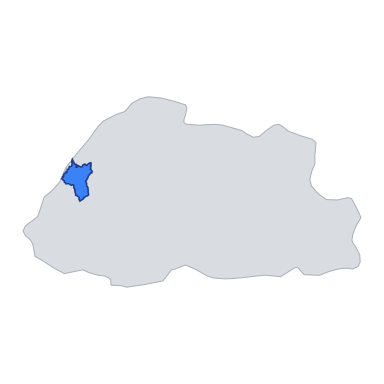 Tsento, Paro, Bhutan (highlighted)
{"feature_id": "84629894B34516930524400", "entity_name": "Tsento", "entity_type": "district", "adm_level": 2, "iso_a3": "BTN", "parent_name": "Bhutan", "parent_adm1": "Paro", "projection": "robinson", "projection_center": [89.316, 27.609], "detail": "fine", "context": "in_parent", "style": "filled", "palette": "blue", "viewbox_px": 384, "rotation_deg": 0, "n_neighbors": 0, "source": "geoboundaries", "source_scale": "gbopen_adm2", "svg_char_len": 5924}
<svg xmlns="http://www.w3.org/2000/svg" viewBox="0 0 384 384"><path d="M315.1,162.0L314.5,164.7L311.6,171.8L309.8,179.6L311.4,185.9L317.9,193.5L326.5,199.6L337.4,200.0L347.5,197.7L351.5,198.6L357.0,208.8L361.0,217.5L355.7,226.5L352.9,234.5L351.9,240.1L352.6,242.5L355.8,247.1L359.7,254.8L360.2,262.0L357.9,266.7L352.7,269.0L347.2,268.3L342.6,268.4L336.9,269.3L328.0,271.9L319.7,275.3L304.1,274.7L297.8,267.6L294.9,267.6L280.7,276.7L265.3,275.1L237.1,278.2L225.4,278.9L213.3,277.9L207.2,275.9L195.8,269.5L185.5,264.9L175.1,269.1L171.4,269.9L163.0,280.9L144.8,284.5L126.7,287.2L121.3,285.7L111.1,285.1L110.7,282.5L111.0,280.0L108.7,278.0L104.6,276.0L97.4,275.1L88.3,272.4L83.0,269.8L64.4,273.6L53.6,267.8L41.2,259.9L35.0,256.4L32.8,244.1L30.6,240.2L25.7,236.0L23.0,231.1L25.2,226.1L37.5,216.7L38.5,214.5L44.2,197.0L52.0,190.6L59.8,181.8L65.7,167.8L77.0,153.4L89.4,138.6L98.0,126.5L103.6,120.9L115.3,114.9L125.1,111.4L131.8,103.3L140.0,98.8L148.4,96.8L160.8,97.9L172.5,100.8L185.4,104.8L186.9,108.0L185.8,113.7L184.0,119.5L183.9,122.5L185.9,124.1L198.5,125.2L213.9,124.3L222.5,125.1L241.8,130.5L247.4,134.3L253.3,137.2L259.0,136.6L266.3,130.5L273.9,125.2L278.7,124.4L282.1,126.1L288.2,131.1L300.9,135.8L312.3,139.3L316.0,142.7L314.8,157.2L315.1,162.0Z" fill="#d9dde1" stroke="#a8b0b8" stroke-width="1"/><path d="M78.9,199.2L78.9,199.3L79.0,199.5L79.4,200.2L79.5,200.6L80.0,200.6L80.3,200.7L80.3,200.8L80.7,200.4L80.8,200.3L81.1,200.3L81.6,200.0L81.8,199.9L82.2,199.6L82.3,199.6L82.5,199.4L83.0,199.2L83.3,198.9L83.4,198.7L83.7,198.3L83.8,198.2L83.7,197.9L84.1,197.6L84.1,197.3L84.4,197.3L84.9,197.1L85.0,197.0L85.1,196.8L85.6,196.5L86.2,196.2L86.3,196.1L86.5,196.0L87.1,196.0L87.9,195.6L88.0,195.4L88.3,195.1L88.5,194.7L88.6,194.4L88.6,194.0L88.5,193.7L88.4,193.4L88.4,193.1L88.1,192.7L88.1,192.2L87.9,191.9L87.9,191.7L88.2,191.2L88.3,191.0L88.2,190.9L88.1,190.6L88.2,190.4L88.2,190.2L88.1,189.8L88.1,189.5L88.1,189.4L87.9,189.2L87.9,188.8L87.9,188.5L88.0,188.1L88.0,187.9L88.0,187.6L87.6,187.0L87.5,186.9L87.4,186.8L87.3,186.6L87.2,186.6L86.9,186.4L86.9,186.1L86.8,185.9L86.6,185.0L86.6,184.8L86.6,184.5L86.7,183.8L86.6,183.6L86.6,183.3L86.4,183.1L86.3,182.9L86.3,182.4L85.9,181.7L85.7,181.5L85.7,181.4L85.8,181.2L85.9,180.9L85.8,180.6L86.1,180.5L86.6,180.1L86.8,179.7L87.0,179.5L87.0,179.3L87.2,178.9L87.5,178.3L87.8,178.0L87.9,177.6L88.0,177.2L88.2,176.9L88.1,176.6L88.1,176.2L88.4,175.9L88.5,175.7L88.8,175.5L89.0,175.1L89.2,174.9L89.7,174.6L89.8,174.5L89.9,174.2L89.9,173.7L90.1,173.5L90.3,173.4L90.6,173.1L90.8,172.9L91.2,172.8L91.4,172.7L91.7,172.9L91.8,172.3L91.9,172.0L92.3,171.8L92.2,171.6L92.0,171.4L91.9,171.1L91.7,170.8L91.7,170.5L91.4,170.1L91.0,169.6L90.9,169.6L90.5,169.4L90.4,169.3L90.5,169.2L90.5,168.7L90.8,168.5L90.9,168.2L90.9,167.9L90.7,167.5L90.6,167.2L90.4,166.9L90.5,166.8L90.6,166.7L90.9,166.5L91.0,166.3L91.0,166.1L90.8,165.9L90.7,165.7L90.8,165.5L91.0,165.3L91.0,165.2L91.1,164.5L91.0,164.1L91.1,163.9L91.1,163.5L91.1,163.3L90.9,163.1L90.7,163.0L90.7,162.9L90.7,162.7L90.3,162.7L90.0,162.9L89.8,163.0L89.7,163.1L89.3,163.1L89.2,163.3L89.1,163.5L88.9,163.6L88.6,163.7L88.3,163.8L88.1,163.9L87.9,164.1L87.7,164.3L87.4,164.6L87.3,164.8L87.0,165.2L86.8,165.4L86.7,165.5L86.4,165.4L86.3,165.1L86.1,165.0L86.0,164.9L85.6,164.7L85.3,164.4L85.1,164.3L85.0,164.2L84.9,164.1L84.6,164.4L84.4,164.4L84.2,164.3L83.7,164.5L83.3,164.7L83.0,165.0L82.6,165.1L82.6,165.3L82.7,165.6L82.7,165.9L82.5,166.2L82.1,166.7L81.8,166.8L81.5,167.0L81.4,167.0L81.3,166.9L81.2,166.8L80.9,166.8L80.6,166.8L80.3,166.8L80.1,166.7L79.9,166.6L79.8,166.4L79.6,166.4L79.3,166.2L78.7,166.0L78.4,165.8L78.3,165.7L78.1,165.8L78.2,166.1L78.2,166.4L78.1,166.6L78.0,166.8L77.9,166.8L77.2,167.0L76.8,167.0L76.6,167.1L76.3,167.3L76.1,167.3L76.0,166.8L76.1,166.3L76.2,166.0L76.3,165.5L76.6,165.4L76.9,165.3L77.0,165.2L76.8,164.7L76.7,164.5L76.5,164.4L75.9,164.3L75.4,164.4L75.0,164.3L74.5,163.9L74.1,163.2L74.1,162.9L73.9,162.2L73.7,162.0L73.3,161.7L73.2,161.6L73.2,161.3L73.2,161.0L73.1,160.9L72.8,160.7L72.7,160.7L72.6,160.3L72.5,160.2L72.5,159.9L72.5,159.7L72.5,159.3L72.3,159.0L72.2,159.2L72.2,159.5L72.2,159.9L72.1,160.0L71.9,160.6L71.9,160.8L71.8,161.3L71.8,161.6L71.7,161.8L71.6,162.3L72.1,162.7L72.1,163.0L72.1,163.3L72.2,163.6L72.2,163.8L72.0,164.0L72.0,164.4L71.9,164.5L71.9,165.0L72.0,165.2L71.9,165.4L71.9,165.5L71.7,165.6L71.6,165.8L71.3,166.2L71.2,166.3L70.8,166.6L70.5,166.7L70.2,166.7L69.8,166.5L69.6,166.5L69.4,166.5L69.2,166.8L69.1,167.4L68.9,168.1L68.8,168.4L68.8,168.8L68.8,169.0L68.6,169.1L67.8,169.4L67.3,169.3L67.3,169.8L67.3,170.1L67.1,170.7L66.9,171.1L66.9,171.4L66.9,172.2L66.7,172.3L66.6,172.7L66.5,172.8L66.4,172.8L65.9,172.9L65.8,172.7L65.6,172.2L65.4,172.5L65.2,173.0L64.9,173.3L64.8,173.5L64.6,173.6L64.4,173.8L64.2,173.9L63.9,174.1L63.8,174.3L63.4,174.9L63.7,175.6L63.8,175.8L63.8,176.0L63.7,176.3L63.2,176.5L62.9,176.7L62.6,176.7L62.5,176.9L62.4,177.0L62.5,177.2L62.7,177.4L62.7,177.5L62.8,177.6L62.7,177.7L62.6,177.9L62.4,178.4L62.3,178.5L62.0,178.7L61.8,178.8L62.2,179.1L62.6,179.5L62.8,179.6L62.9,179.9L63.1,180.1L63.4,180.1L63.8,180.4L64.2,180.6L64.4,181.1L64.3,181.4L64.3,181.6L64.2,181.9L64.4,182.3L64.9,182.6L65.6,183.0L65.8,183.3L65.8,183.7L65.9,183.9L66.4,183.8L67.5,183.8L68.7,183.6L69.1,183.8L69.5,184.1L70.0,184.5L71.0,185.3L71.3,185.3L71.7,185.3L72.2,184.9L72.5,184.7L72.9,184.6L73.1,184.6L73.4,184.9L73.5,185.1L73.7,185.4L73.7,185.6L73.7,186.2L73.8,186.7L73.9,187.0L73.8,187.5L73.8,187.9L73.9,188.1L74.1,188.4L74.5,188.7L74.6,189.0L74.7,189.3L75.0,189.6L74.8,189.9L74.9,190.5L74.8,191.1L75.1,191.2L75.1,191.5L75.1,191.8L75.1,192.5L75.3,193.1L75.5,193.3L75.5,193.5L75.5,194.0L75.6,194.3L75.6,194.6L75.6,194.9L75.6,195.1L75.8,195.3L76.0,195.3L76.3,195.3L76.5,195.3L76.7,195.5L76.8,195.7L77.1,196.0L77.3,196.1L77.5,196.2L77.9,196.5L78.0,196.6L78.7,197.0L78.9,197.2L79.0,197.3L79.1,197.5L79.3,197.7L79.3,197.9L79.0,198.5L78.9,199.1L78.9,199.2Z" fill="#3b82f6" stroke="#1e3a8a" stroke-width="1.5"/></svg>